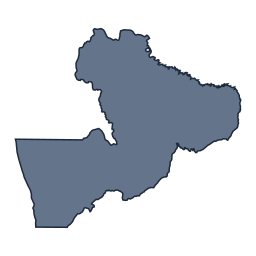 outline of Goianésia do Pará, Pará, Brazil
{"feature_id": "56859067B9668801221635", "entity_name": "Goianésia do Pará", "entity_type": "district", "adm_level": 2, "iso_a3": "BRA", "parent_name": "Brazil", "parent_adm1": "Pará", "projection": "robinson", "projection_center": [-48.924, -4.018], "detail": "fine", "context": "isolated", "style": "filled", "palette": "slate", "viewbox_px": 256, "rotation_deg": 0, "n_neighbors": 0, "source": "geoboundaries", "source_scale": "gbopen_adm2", "svg_char_len": 5760}
<svg xmlns="http://www.w3.org/2000/svg" viewBox="0 0 256 256"><path d="M15.4,139.2L16.1,141.8L17.1,152.1L18.7,158.8L22.4,171.3L23.2,173.2L24.2,177.2L28.0,185.6L30.3,190.0L31.4,194.0L31.4,197.9L34.2,204.2L34.1,205.5L33.0,207.7L33.0,208.5L33.7,209.8L34.1,214.2L34.9,217.5L35.9,220.1L35.6,222.9L35.8,227.1L67.3,227.3L67.6,226.4L68.2,225.6L70.2,224.3L72.5,221.7L74.2,218.1L77.2,214.3L77.9,213.8L79.3,213.8L80.0,213.5L82.2,212.0L83.4,210.2L84.1,208.2L85.2,207.7L88.6,208.6L90.1,211.7L90.6,211.4L92.7,207.3L94.1,207.0L94.3,206.0L93.8,205.2L91.5,203.8L92.0,203.1L95.9,199.5L97.8,199.5L101.9,197.1L103.3,195.4L104.1,193.5L105.0,193.2L106.1,190.8L106.7,190.5L107.5,190.5L108.0,190.8L108.9,190.1L109.9,190.8L111.0,191.0L112.1,190.5L113.9,191.1L115.4,190.2L118.0,190.1L119.0,190.9L120.8,191.5L122.8,193.3L122.8,195.3L122.3,197.6L122.8,199.9L125.4,200.4L127.2,200.1L128.2,198.6L129.0,198.4L129.8,198.9L130.5,198.9L132.8,197.8L133.7,196.8L134.6,196.3L136.3,196.3L137.8,195.7L139.3,195.9L140.4,194.0L142.2,193.0L142.7,192.4L144.4,191.7L144.7,190.9L149.1,187.8L150.1,187.9L151.0,187.5L153.7,187.7L155.3,185.2L157.5,182.9L158.6,181.2L160.7,178.9L161.9,177.9L164.7,176.8L166.1,177.0L167.1,176.1L167.3,173.5L169.1,171.7L169.3,167.9L170.1,165.1L170.1,162.5L170.3,161.8L171.7,159.8L172.1,154.2L172.6,153.6L174.0,152.8L175.1,151.3L175.8,149.5L176.8,148.6L177.3,147.2L177.3,145.3L176.6,143.5L178.0,143.4L178.8,144.6L178.5,145.6L178.9,146.2L180.5,147.0L180.3,147.6L180.9,148.0L182.3,148.3L183.3,149.5L183.9,149.6L184.5,149.3L184.6,147.6L185.1,147.6L185.5,148.2L186.4,148.8L187.4,148.7L188.0,149.0L188.3,150.1L189.9,151.3L190.5,151.1L191.0,149.1L191.7,149.1L192.7,150.2L193.2,148.8L193.9,148.8L194.1,150.4L194.6,151.4L196.0,152.7L197.0,152.2L197.3,151.4L198.0,150.8L200.0,150.8L203.2,149.3L207.8,145.3L209.4,144.5L214.2,141.2L215.8,141.3L217.1,140.5L219.0,139.9L221.8,139.7L222.9,138.8L226.4,139.0L227.0,139.9L227.7,140.2L228.8,138.2L230.9,135.9L231.5,134.0L233.1,131.1L237.1,127.9L237.8,126.5L237.8,125.1L238.4,123.6L238.5,122.6L237.9,121.3L238.5,120.0L237.8,117.9L237.7,117.3L238.1,115.9L237.9,115.2L238.2,113.2L239.4,111.8L239.9,111.6L240.3,110.3L240.1,109.7L240.5,109.4L240.2,108.9L240.4,108.1L240.4,105.9L240.1,105.5L239.8,103.4L240.0,102.1L240.6,101.0L240.6,99.5L239.8,99.3L240.0,98.7L239.3,97.2L239.3,95.5L238.0,93.0L236.8,91.6L237.1,90.7L235.3,88.6L234.3,89.2L234.7,87.0L233.8,87.5L233.3,87.2L232.7,87.7L231.5,87.5L230.7,86.7L230.6,85.9L229.6,86.4L228.6,85.6L228.0,85.3L227.3,85.6L226.2,84.8L227.2,84.0L225.7,84.2L225.3,84.6L224.4,83.9L223.3,84.7L223.2,85.4L224.4,85.1L224.7,85.7L223.8,86.3L222.7,86.3L222.5,85.0L221.9,85.0L221.5,85.6L221.7,86.3L220.2,87.1L219.9,86.4L219.0,85.9L219.2,87.4L218.2,87.9L217.0,87.6L218.0,86.8L217.7,86.2L216.8,86.0L214.4,86.3L213.9,86.0L214.3,85.4L213.8,84.7L211.6,84.5L211.1,83.7L210.6,84.3L211.0,85.7L210.3,86.0L209.3,84.5L208.8,84.3L208.2,84.9L207.8,84.2L207.3,83.8L206.7,84.4L206.0,84.2L203.8,84.8L204.0,85.4L203.0,85.3L202.6,86.0L202.1,85.6L202.0,84.8L201.1,84.5L200.5,84.8L199.2,83.7L199.0,83.1L199.6,83.0L199.3,82.3L198.9,81.6L197.5,80.6L198.0,80.0L196.4,80.2L194.6,78.2L194.0,78.6L192.2,78.3L190.6,79.1L191.0,77.4L190.6,76.5L189.4,76.3L190.1,75.0L189.5,74.6L188.8,74.7L188.4,74.9L188.2,75.7L187.5,75.6L187.6,74.9L186.9,74.4L186.9,73.5L187.4,73.0L187.0,72.6L185.6,72.5L184.9,72.8L184.5,73.4L184.8,73.9L183.8,74.5L183.1,74.6L182.7,72.8L181.9,73.3L180.7,72.5L178.7,73.8L179.3,71.5L180.3,70.8L179.9,70.3L178.5,70.7L177.8,70.5L177.9,69.6L176.8,68.9L175.9,70.2L175.4,69.4L175.4,67.8L174.8,67.1L174.6,67.9L173.4,68.3L172.6,68.0L172.6,67.2L171.9,66.8L170.3,67.1L169.3,66.8L168.8,69.0L168.3,69.0L168.0,68.1L168.4,67.0L165.1,66.7L165.6,65.1L163.1,65.5L162.7,64.3L161.4,64.3L159.3,65.0L158.5,64.7L158.0,64.4L158.1,63.8L160.0,62.8L158.3,61.8L158.9,60.5L158.7,59.8L157.4,59.9L156.5,60.5L155.4,60.3L154.1,59.4L154.3,58.7L155.0,58.3L155.1,57.5L152.8,56.5L150.3,57.5L149.3,56.5L149.1,55.2L149.4,54.4L150.7,53.1L151.2,51.7L151.1,50.8L150.0,48.5L149.6,49.1L149.4,51.5L146.6,51.5L145.9,50.9L145.6,49.9L145.9,49.3L147.8,47.9L148.7,48.3L149.0,47.4L148.5,45.8L147.2,45.6L147.8,42.7L146.7,41.3L146.6,40.4L149.5,38.4L148.4,36.4L146.9,35.2L145.1,36.5L144.3,36.6L140.9,34.9L137.5,34.5L136.1,35.1L135.6,35.0L134.3,33.9L133.0,31.8L131.6,30.6L129.8,30.1L123.9,29.8L120.6,30.9L119.9,34.4L120.0,35.5L119.0,39.7L118.4,40.2L117.4,40.2L115.9,39.3L115.3,39.2L113.5,40.2L110.3,38.3L109.2,38.2L107.5,37.2L106.4,35.6L104.7,31.7L103.5,30.0L101.8,28.9L100.3,28.7L97.5,29.4L94.6,28.7L93.9,29.2L93.2,30.3L94.4,34.0L93.8,35.4L92.9,35.6L90.9,37.7L90.8,39.3L90.2,40.7L89.4,41.7L87.9,41.2L86.5,41.8L86.1,42.7L85.4,43.1L84.6,43.1L84.3,44.3L83.7,44.8L83.5,45.9L82.4,47.5L79.9,47.8L79.1,49.0L79.1,54.2L78.2,58.5L76.5,61.8L76.0,63.7L76.2,67.9L77.0,70.5L76.8,71.3L75.5,73.0L75.1,74.4L75.3,75.7L76.9,79.2L78.4,80.2L80.3,80.4L80.6,79.5L82.0,79.5L83.5,79.9L84.5,81.7L86.3,82.8L88.1,82.8L88.6,81.7L89.2,81.6L91.2,82.0L91.7,82.3L92.4,83.9L92.6,87.9L93.2,89.6L95.1,90.1L96.5,89.3L97.1,89.4L97.7,90.1L99.2,89.6L100.2,89.6L101.1,90.5L101.6,91.8L100.7,93.2L100.2,96.5L99.4,97.4L98.8,99.2L99.0,100.8L100.4,103.6L100.0,104.3L100.1,105.1L101.1,105.9L101.2,108.1L102.0,109.5L101.6,111.1L102.1,111.5L102.2,112.0L103.9,111.8L105.1,112.7L104.9,114.2L105.8,115.1L105.4,116.8L106.3,117.7L106.3,119.1L106.8,119.6L107.6,119.7L108.6,120.4L109.0,121.2L108.5,122.5L109.1,123.0L111.3,122.6L112.6,123.5L112.0,128.3L112.2,129.5L113.5,129.4L113.7,131.3L112.2,133.1L112.1,133.9L112.7,136.2L114.0,138.4L114.9,138.5L115.3,139.5L116.5,141.5L116.9,144.1L116.1,144.6L113.7,143.8L111.4,145.2L110.6,144.9L107.6,140.9L106.3,140.4L105.1,139.3L103.9,134.6L101.8,131.0L98.8,128.5L92.3,130.3L90.0,132.8L89.3,134.6L87.1,137.3L85.6,138.0L83.7,138.3L82.5,139.9L15.4,139.2Z" fill="#64748b" stroke="#1e293b" stroke-width="1.5"/></svg>